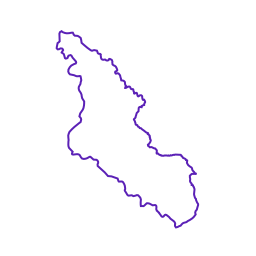 the district of Elías, Huila, Colombia, rotated 262°
{"feature_id": "7082276B98315935443", "entity_name": "Elías", "entity_type": "district", "adm_level": 2, "iso_a3": "COL", "parent_name": "Colombia", "parent_adm1": "Huila", "projection": "orthographic", "projection_center": [-75.954, 2.003], "detail": "fine", "context": "isolated", "style": "outline", "palette": "violet", "viewbox_px": 256, "rotation_deg": 262, "n_neighbors": 0, "source": "geoboundaries", "source_scale": "gbopen_adm2", "svg_char_len": 5844}
<svg xmlns="http://www.w3.org/2000/svg" viewBox="0 0 256 256"><g transform="rotate(262 128 128)"><path d="M233.1,75.7L232.4,74.0L231.0,73.2L223.4,72.4L222.6,71.5L221.9,70.1L217.9,68.7L216.8,68.5L215.7,69.3L215.6,70.5L216.2,72.2L216.0,73.2L215.7,74.0L214.8,74.5L214.2,74.6L213.6,74.2L213.1,73.6L211.9,72.8L210.8,74.1L210.1,74.7L209.0,74.9L206.0,75.3L205.4,76.0L205.5,77.2L205.9,78.0L207.2,78.6L207.9,79.2L208.2,81.3L207.5,82.1L205.4,82.9L201.1,85.7L200.1,85.8L199.2,85.3L198.8,83.4L197.7,80.5L196.3,78.8L194.2,77.2L192.2,76.7L190.5,77.1L189.2,78.0L187.8,81.9L186.5,84.1L186.2,85.6L186.2,87.5L185.8,88.2L184.4,88.3L181.9,88.4L179.9,87.5L178.2,87.0L175.7,85.1L174.4,84.7L173.0,84.7L171.9,84.9L169.4,86.1L167.6,86.6L165.8,86.6L163.7,86.8L162.0,87.6L160.4,88.3L158.5,88.0L156.6,87.6L154.0,86.7L152.5,85.8L149.1,82.7L146.3,81.5L144.2,82.7L142.8,82.8L140.5,81.9L139.6,80.2L136.4,74.9L134.5,72.2L132.3,69.5L130.6,68.5L129.0,67.8L127.0,67.6L124.3,67.5L122.8,67.1L119.9,66.6L118.3,66.5L116.6,66.8L115.3,67.7L112.2,69.9L110.7,69.0L110.1,68.9L109.6,69.2L109.3,70.1L109.2,74.0L108.7,75.5L107.9,76.4L105.6,77.3L104.2,78.2L103.5,79.9L103.5,81.8L103.8,83.4L104.8,85.9L104.7,86.8L101.5,89.5L100.9,92.4L100.2,93.1L99.0,93.7L97.6,93.6L96.3,92.8L94.6,92.7L87.3,98.8L83.2,101.5L82.4,104.9L79.4,110.7L77.0,111.1L76.3,111.4L76.1,112.2L76.0,113.7L75.8,114.7L75.0,115.6L73.0,116.4L71.3,116.8L68.8,116.8L67.9,116.7L67.1,116.2L66.4,116.1L64.0,117.2L62.0,118.0L61.0,118.9L60.9,120.0L60.9,122.0L60.7,122.6L60.3,123.2L59.8,123.7L59.8,124.4L60.0,126.1L60.3,127.4L60.0,128.6L59.1,129.3L57.6,130.3L56.8,130.6L55.3,130.8L52.6,130.2L50.2,129.9L48.9,129.9L48.7,131.1L48.5,132.5L48.8,133.2L50.8,136.0L50.8,136.7L50.4,138.2L49.9,139.1L48.5,141.0L48.0,141.7L48.0,143.5L47.8,144.5L47.2,145.0L46.6,145.2L45.4,145.1L44.3,144.8L43.3,144.7L42.5,145.0L42.0,145.3L41.9,145.2L40.0,146.8L39.9,146.7L37.8,147.9L36.0,148.8L35.4,149.4L35.2,150.1L35.5,150.9L36.7,152.3L36.9,153.1L36.5,154.0L35.8,154.7L34.1,156.3L32.3,157.4L29.7,160.0L28.8,160.8L28.0,161.1L27.2,161.4L26.5,161.4L26.3,161.2L24.5,160.9L22.9,161.6L22.9,162.2L23.1,163.5L23.8,165.3L23.8,165.9L24.0,166.6L24.9,167.5L25.9,168.8L26.3,169.8L26.4,170.6L26.5,171.5L26.6,172.2L26.7,172.9L27.2,173.6L27.6,174.4L28.3,176.4L29.6,179.1L30.8,180.8L31.6,181.6L32.8,182.8L33.1,183.0L33.9,182.8L35.0,182.8L35.4,183.0L36.3,183.4L37.6,184.8L40.0,185.8L41.9,186.7L42.5,186.8L43.1,186.8L44.5,186.1L47.0,185.4L48.4,185.4L48.8,185.0L49.7,184.6L50.3,184.5L52.4,184.2L53.4,184.2L57.8,185.3L58.6,185.3L59.5,185.1L60.3,185.0L61.0,184.5L61.9,184.4L62.3,184.3L62.5,184.0L62.7,183.1L63.3,183.2L64.0,183.3L65.5,182.3L66.9,182.0L68.2,182.4L69.1,182.5L70.4,182.4L72.1,182.6L73.4,184.3L73.7,185.1L73.6,185.7L73.5,186.0L73.4,186.8L73.4,187.4L73.2,188.0L73.0,189.5L74.1,187.8L75.3,187.3L76.3,186.5L77.7,185.8L79.1,185.8L80.0,185.4L81.2,184.0L82.8,182.5L84.4,181.8L85.3,181.5L86.3,181.8L87.6,182.1L87.9,181.8L88.0,181.2L88.2,180.9L88.8,180.9L89.2,180.6L89.9,179.8L90.6,178.6L90.8,178.3L92.3,177.7L92.6,177.1L93.5,176.9L94.1,176.4L95.0,171.7L95.1,170.8L94.9,170.1L95.1,169.5L95.0,168.3L94.8,167.8L94.8,166.9L95.1,166.4L94.8,165.7L94.8,165.1L95.2,164.2L95.0,163.8L95.5,162.1L95.7,160.6L95.6,159.6L95.6,158.7L95.8,158.2L95.9,157.4L96.0,157.1L96.5,156.9L96.7,156.6L96.7,156.1L96.9,155.7L97.3,155.4L97.5,154.9L97.9,154.4L98.4,154.2L98.8,153.9L98.9,153.6L98.8,152.9L99.2,152.8L99.4,152.8L99.8,153.0L101.4,153.4L101.7,153.4L102.1,153.3L102.9,152.7L103.5,152.4L103.9,152.1L104.1,151.8L104.1,151.3L104.4,150.8L105.2,149.6L105.8,148.7L105.9,146.8L106.9,146.3L107.3,145.6L107.6,145.4L108.7,145.4L108.9,145.7L109.1,146.2L109.4,146.6L110.9,148.0L112.0,148.6L112.4,148.8L112.8,148.8L113.8,148.6L114.1,148.3L115.1,148.5L116.2,148.1L116.8,148.5L117.3,148.4L118.0,148.0L118.4,147.6L119.0,147.4L119.0,147.0L119.2,146.7L119.7,146.7L120.3,146.9L120.5,146.5L120.8,145.8L121.3,145.2L123.2,143.4L125.0,141.5L125.8,141.0L126.1,140.5L126.3,139.6L127.5,139.0L128.1,138.0L129.5,137.6L129.8,137.2L130.0,136.5L130.3,136.2L131.0,136.0L131.8,136.1L132.9,135.8L133.6,135.8L134.8,135.3L135.6,135.0L135.9,135.1L136.9,136.5L137.5,137.0L138.4,137.2L139.4,137.8L140.3,138.1L141.7,138.8L143.1,140.7L146.3,141.4L146.8,141.8L147.1,142.2L147.2,142.7L146.7,144.4L147.1,144.6L147.7,144.4L147.9,144.7L148.4,146.0L148.5,147.2L149.3,147.3L150.3,147.8L151.0,148.5L151.7,148.6L152.3,148.5L153.8,147.9L153.9,147.6L153.8,147.4L153.7,146.9L154.2,146.5L155.9,146.3L156.9,146.4L157.7,146.4L158.2,146.0L158.6,145.6L158.7,144.7L158.6,144.0L158.2,143.5L157.9,142.8L157.9,142.5L158.3,142.1L159.1,141.9L161.2,141.7L161.6,141.4L161.6,140.9L161.3,139.5L161.2,139.0L161.5,138.8L162.1,138.9L162.6,139.1L163.1,138.8L163.8,138.6L165.3,138.6L165.7,138.4L165.9,137.9L165.9,137.2L166.1,136.6L166.8,136.2L168.2,135.8L168.7,135.4L168.9,134.9L168.9,134.1L168.7,133.3L168.0,131.4L168.1,130.8L168.7,131.0L169.4,131.5L169.8,132.0L170.8,131.4L171.9,131.2L173.1,131.3L173.9,131.3L174.4,131.1L175.3,130.3L175.7,129.5L176.1,128.0L176.6,127.9L177.9,127.9L179.3,127.6L181.0,127.5L181.8,127.2L183.3,126.2L183.7,125.3L183.5,124.4L183.6,123.4L184.0,123.2L184.5,123.0L185.1,123.0L185.7,123.4L185.9,124.2L186.3,125.1L186.7,125.4L187.4,125.4L189.0,125.0L190.4,124.5L191.4,123.6L191.9,122.7L192.6,121.9L193.2,121.5L194.0,121.6L194.8,121.5L195.8,121.8L197.2,121.6L197.8,121.3L198.9,119.7L199.0,119.0L197.9,118.2L197.7,117.4L197.7,116.8L198.0,115.9L199.0,114.8L199.0,112.8L199.6,111.7L200.2,111.3L201.4,111.0L202.6,111.1L203.4,111.0L204.5,111.3L205.0,111.0L205.3,110.6L205.4,110.0L205.7,109.1L206.4,108.5L207.8,108.3L208.9,108.0L209.8,105.5L209.8,104.7L209.5,103.1L210.2,101.9L213.1,98.9L216.9,95.5L218.8,93.9L221.7,93.9L223.7,93.7L225.1,92.4L226.2,91.0L226.6,89.3L226.8,88.2L228.0,87.2L229.4,86.9L230.1,86.6L230.2,85.7L230.2,84.5L230.1,83.0L230.2,81.6L230.4,80.2L230.9,78.7L232.1,76.5L233.1,75.7Z" fill="none" stroke="#5b21b6" stroke-width="2"/></g></svg>